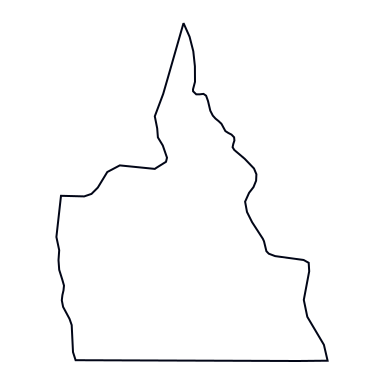 the border of Agusan del Sur
{"feature_id": "PHL-2588", "entity_name": "Agusan del Sur", "entity_type": "Province", "adm_level": 1, "iso_a3": "PHL", "parent_name": "Philippines", "parent_adm1": "", "projection": "albers", "projection_center": [125.781, 8.604], "detail": "fine", "context": "isolated", "style": "outline", "palette": "ink", "viewbox_px": 384, "rotation_deg": 0, "n_neighbors": 0, "source": "natural_earth", "source_scale": "10m", "svg_char_len": 1065}
<svg xmlns="http://www.w3.org/2000/svg" viewBox="0 0 384 384"><path d="M183.5,23.0L183.6,23.3L189.6,36.8L193.3,51.3L194.9,66.3L195.0,81.8L193.0,89.4L193.1,91.3L196.2,94.3L199.9,94.3L203.5,93.9L206.1,95.7L208.0,101.0L210.3,110.7L212.8,115.6L215.5,118.6L218.7,121.2L221.5,123.9L225.4,131.1L228.4,133.0L231.5,134.6L234.1,137.3L234.4,140.5L233.3,143.9L232.6,147.2L234.3,150.0L244.7,158.8L254.0,168.5L256.4,174.3L256.1,180.7L253.5,187.1L249.1,192.8L245.1,201.7L247.0,212.0L252.1,222.2L262.8,238.7L264.0,241.3L266.4,251.2L268.8,253.7L275.1,256.1L303.6,260.0L308.7,262.8L309.2,271.3L303.8,299.9L307.3,316.8L323.9,344.8L327.6,360.7L297.8,361.0L158.3,360.5L75.6,360.2L73.0,352.1L71.7,325.1L69.5,318.8L63.1,306.9L61.8,300.3L62.4,295.1L63.5,290.4L64.0,285.6L62.4,280.0L59.2,269.8L58.5,260.2L59.2,250.2L56.4,237.0L61.0,195.8L84.2,196.4L91.5,193.9L97.8,187.6L107.3,172.0L119.8,165.4L154.8,168.9L156.4,167.8L166.0,161.8L167.0,157.7L162.8,145.5L157.9,137.4L157.2,128.4L154.8,116.3L163.2,93.9L167.8,78.0L183.5,23.2L183.5,23.0Z" fill="none" stroke="#020617" stroke-width="2"/></svg>